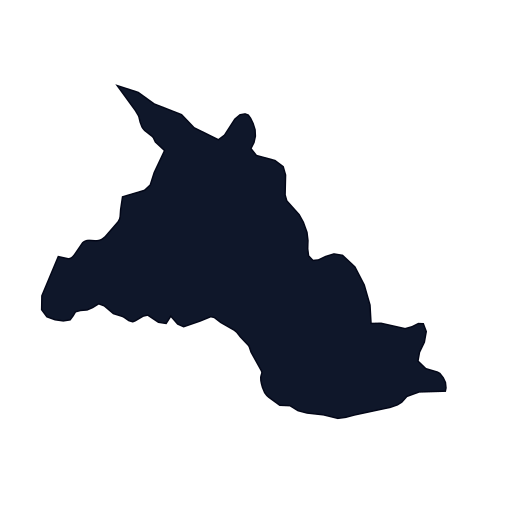 the Department of Chalatenango, rotated 8°
{"feature_id": "SLV-1357", "entity_name": "Chalatenango", "entity_type": "Department", "adm_level": 1, "iso_a3": "SLV", "parent_name": "El Salvador", "parent_adm1": "", "projection": "robinson", "projection_center": [-89.111, 14.18], "detail": "fine", "context": "isolated", "style": "filled", "palette": "ink", "viewbox_px": 512, "rotation_deg": 8, "n_neighbors": 0, "source": "natural_earth", "source_scale": "10m", "svg_char_len": 2025}
<svg xmlns="http://www.w3.org/2000/svg" viewBox="0 0 512 512"><g transform="rotate(8 256 256)"><path d="M94.9,106.6L116.6,110.4L134.0,119.6L162.6,126.4L176.8,137.6L202.6,146.1L208.0,140.7L216.0,123.4L220.5,118.4L225.4,116.8L228.7,117.5L231.5,120.4L234.7,125.2L237.5,131.1L238.7,137.4L238.2,143.9L236.0,150.3L242.4,156.4L261.5,158.8L270.5,163.8L274.0,171.7L276.3,191.4L278.8,197.1L293.0,209.1L298.2,216.0L303.2,225.5L305.3,233.5L305.6,236.5L306.2,241.7L308.0,248.5L313.0,252.5L318.4,251.2L325.0,246.8L332.9,243.1L341.6,243.3L355.5,253.1L367.2,269.6L375.7,288.7L379.3,306.8L389.2,305.2L413.8,307.2L420.4,304.3L426.2,300.3L431.1,299.8L435.1,307.1L434.7,317.9L431.3,328.5L431.0,337.5L439.8,343.9L451.8,345.7L454.4,346.7L458.4,350.6L461.2,354.9L462.5,360.2L462.3,363.5L436.5,367.9L424.9,374.1L420.7,380.4L416.8,383.7L410.2,387.1L375.7,399.7L367.2,403.3L359.6,405.4L344.9,403.9L328.4,404.4L319.1,403.3L310.5,399.5L300.3,400.5L288.3,394.1L286.1,392.6L283.6,390.1L280.7,385.2L279.2,381.7L278.2,378.8L277.9,377.2L277.6,375.5L277.7,373.8L278.1,371.1L278.1,370.9L277.9,369.9L276.8,368.2L264.5,351.9L262.0,346.9L261.1,345.7L251.7,338.2L247.6,334.2L244.8,332.5L230.3,326.7L223.3,322.7L221.3,322.5L219.6,322.4L209.7,328.2L194.2,336.1L187.9,334.3L180.0,327.4L176.4,335.3L168.6,335.2L157.0,329.6L152.7,331.2L145.4,337.0L143.1,338.3L139.1,337.7L133.8,335.0L132.0,334.4L122.8,332.9L112.7,326.5L106.9,325.2L101.4,329.8L96.3,332.9L89.7,334.4L85.0,336.4L83.2,340.7L80.8,345.1L74.2,347.1L65.8,347.1L57.4,345.3L51.2,339.0L49.5,325.2L60.3,284.1L70.8,284.9L72.2,284.3L73.5,283.5L74.6,282.3L75.9,280.3L82.5,267.0L83.6,265.9L84.7,265.1L86.0,264.4L87.6,263.9L89.0,263.7L94.8,263.3L96.5,263.0L98.1,262.5L99.5,261.9L100.8,261.1L101.9,260.1L103.9,258.0L114.7,241.3L115.8,238.3L116.0,235.8L115.5,228.8L115.6,216.0L136.4,206.5L141.4,200.4L143.6,187.5L150.8,164.3L140.5,157.1L137.9,153.1L136.6,152.0L128.3,147.2L126.3,145.4L125.1,144.0L122.6,139.4L120.7,134.5L120.0,133.3L116.3,128.7L94.9,106.6Z" fill="#0f172a" stroke="#020617" stroke-width="1.5"/></g></svg>